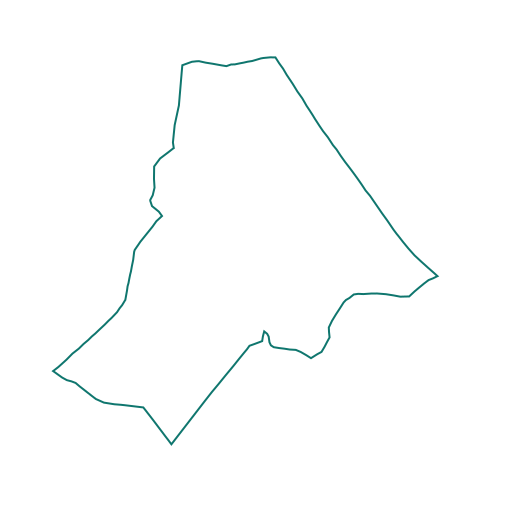 the district of Al-Ramadi, Al-Anbar, Iraq, rotated 189°
{"feature_id": "34846034B54493291917017", "entity_name": "Al-Ramadi", "entity_type": "district", "adm_level": 2, "iso_a3": "IRQ", "parent_name": "Iraq", "parent_adm1": "Al-Anbar", "projection": "natural_earth1", "projection_center": [43.152, 33.24], "detail": "fine", "context": "isolated", "style": "outline", "palette": "teal", "viewbox_px": 512, "rotation_deg": 189, "n_neighbors": 0, "source": "geoboundaries", "source_scale": "gbopen_adm2", "svg_char_len": 2312}
<svg xmlns="http://www.w3.org/2000/svg" viewBox="0 0 512 512"><g transform="rotate(189 256 256)"><path d="M358.6,432.9L358.2,426.9L355.7,392.6L356.8,372.6L355.8,355.1L354.1,349.7L354.4,349.5L358.6,345.0L366.0,337.3L370.6,328.5L368.8,316.1L366.9,307.6L367.5,299.8L369.2,294.9L369.1,294.0L366.5,289.0L358.9,284.6L355.1,280.8L359.9,274.7L362.8,268.8L372.4,252.1L376.2,244.1L376.7,243.1L377.0,241.1L376.7,233.0L377.0,226.4L377.1,221.2L377.4,218.1L377.6,213.6L377.7,209.4L378.1,206.0L378.0,201.8L378.1,197.0L378.2,192.1L378.4,191.8L380.5,186.6L382.5,183.1L384.5,178.7L389.0,172.2L391.6,168.9L394.8,164.4L399.1,158.9L402.6,154.3L405.6,150.8L408.6,146.7L412.6,142.1L416.5,136.8L422.0,130.9L427.0,123.9L433.8,115.5L438.4,110.6L428.4,105.6L423.4,103.8L418.6,103.3L414.3,102.4L409.9,99.7L396.4,92.2L391.8,89.7L389.9,89.2L383.3,87.4L378.5,87.4L372.7,87.4L366.3,87.9L362.4,88.1L343.6,88.8L332.1,78.0L317.6,64.0L314.1,60.7L310.1,56.8L284.0,104.5L278.5,114.4L273.0,123.6L267.1,133.8L261.1,143.9L256.6,151.8L252.7,158.5L250.3,162.5L248.4,166.3L244.0,168.7L239.2,171.4L236.6,172.9L236.6,177.7L236.1,182.8L232.8,180.9L230.9,178.4L229.2,172.9L227.3,170.1L224.2,168.7L218.8,168.7L213.3,168.9L208.1,168.9L202.0,169.5L196.8,168.2L190.8,165.9L185.7,163.7L180.1,168.6L176.3,171.5L174.1,177.0L172.4,182.1L170.6,187.1L172.0,192.4L172.9,196.8L170.8,203.8L167.9,210.9L165.1,217.1L162.2,223.8L160.3,226.6L157.2,229.1L153.4,233.3L149.2,234.6L144.0,235.2L136.5,236.9L130.6,237.9L121.7,238.6L114.1,238.6L107.1,238.4L101.8,239.4L98.4,240.0L93.7,246.0L90.4,249.8L85.8,255.0L81.8,259.2L77.7,261.6L73.9,264.3L73.6,264.5L77.4,267.0L84.2,271.3L91.6,276.1L99.5,281.4L106.7,287.3L112.9,292.8L119.0,298.5L120.5,299.8L124.3,303.5L132.1,311.8L138.2,317.9L145.4,325.5L152.8,333.3L158.1,337.9L159.7,339.7L163.1,343.4L168.2,348.7L173.2,353.7L177.3,357.7L182.7,362.8L188.3,368.5L193.1,373.8L197.4,377.6L203.6,384.5L209.3,389.8L213.6,394.4L219.2,400.6L221.8,403.7L225.8,408.2L229.5,412.2L234.9,418.9L240.9,425.0L246.7,431.8L254.1,439.8L258.6,445.3L263.2,449.9L267.9,455.2L273.2,454.4L279.8,452.7L282.1,451.9L287.1,449.5L290.3,448.0L294.6,446.6L298.6,445.0L302.0,443.8L307.0,441.9L310.5,441.3L314.9,438.9L319.8,438.9L328.8,439.1L336.0,439.1L342.6,439.5L344.9,439.1L349.7,437.8L356.4,434.1L358.6,432.9Z" fill="none" stroke="#0f766e" stroke-width="2"/></g></svg>